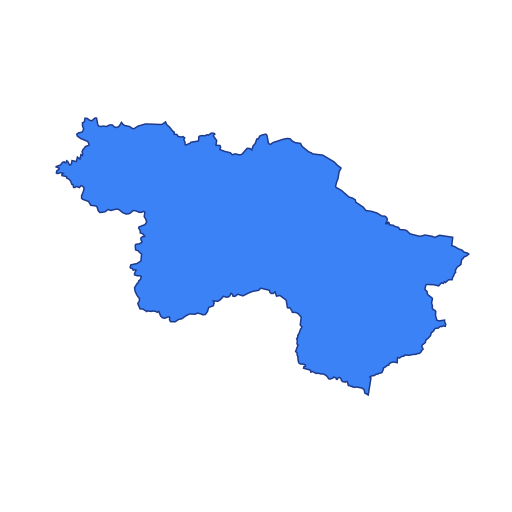 Puriscal, San José, Costa Rica (Natural Earth projection), rotated 98°
{"feature_id": "36466004B36005628367911", "entity_name": "Puriscal", "entity_type": "district", "adm_level": 2, "iso_a3": "CRI", "parent_name": "Costa Rica", "parent_adm1": "San José", "projection": "natural_earth1", "projection_center": [-84.357, 9.734], "detail": "fine", "context": "isolated", "style": "filled", "palette": "blue", "viewbox_px": 512, "rotation_deg": 98, "n_neighbors": 0, "source": "geoboundaries", "source_scale": "gbopen_adm2", "svg_char_len": 6088}
<svg xmlns="http://www.w3.org/2000/svg" viewBox="0 0 512 512"><g transform="rotate(98 256 256)"><path d="M367.6,166.7L367.5,165.3L366.0,162.7L365.0,162.2L365.6,159.9L366.9,159.2L366.9,158.4L365.2,157.8L364.6,156.3L366.0,154.4L367.4,154.1L368.5,152.4L368.1,150.9L368.6,150.1L367.7,149.0L367.8,148.0L371.5,146.5L371.1,145.6L371.9,143.9L371.6,142.8L372.0,142.7L372.3,141.6L372.3,139.9L371.7,138.0L372.1,132.5L373.3,130.4L376.9,128.9L377.0,127.0L377.7,126.7L378.0,125.5L360.7,125.2L360.0,126.4L358.7,125.0L357.9,122.2L356.4,120.6L355.9,118.7L355.1,117.9L354.0,115.1L350.5,114.1L349.1,114.2L347.7,112.2L346.5,111.3L345.5,109.3L344.1,109.1L342.7,107.3L341.8,105.0L342.0,101.3L336.9,101.8L337.1,99.7L335.3,97.9L334.6,95.6L333.4,95.0L332.9,90.2L331.5,86.5L331.2,84.0L330.2,82.7L329.7,80.6L327.7,79.0L326.4,78.8L325.3,77.6L323.9,78.1L322.7,79.3L321.0,79.0L318.2,76.3L315.4,76.0L313.9,74.4L310.6,72.1L307.7,71.7L305.4,69.6L303.5,69.1L302.6,68.0L302.1,65.6L300.2,63.9L300.0,62.0L299.2,61.1L299.3,58.8L297.2,58.6L294.9,60.1L293.2,60.3L294.8,65.7L294.4,68.0L289.8,70.0L285.8,70.3L284.8,71.4L284.4,73.1L283.0,74.2L280.9,74.3L278.1,75.6L273.9,75.3L273.0,75.9L270.6,80.1L269.3,81.2L267.2,81.7L266.0,83.7L265.2,84.1L261.4,83.8L260.4,82.9L259.7,75.9L260.2,71.0L256.7,68.6L257.1,66.7L255.3,65.7L255.9,64.7L252.7,61.9L252.2,58.5L249.8,58.4L248.4,57.6L245.7,57.0L244.4,56.0L242.8,56.6L239.4,55.5L235.8,51.9L230.8,51.9L229.8,50.7L227.8,49.7L226.5,47.4L224.5,45.6L223.6,47.2L223.2,50.6L221.5,52.7L220.7,56.7L219.1,60.4L218.5,63.6L210.1,63.8L209.9,77.1L212.7,81.6L212.0,84.2L211.7,91.5L213.6,96.0L213.6,98.1L212.6,106.5L209.9,110.4L209.5,112.2L209.8,117.2L207.8,118.9L207.5,122.4L206.5,124.3L206.5,128.2L204.5,128.9L204.2,129.5L205.8,130.6L205.9,131.9L205.2,132.1L204.2,131.2L202.2,131.1L200.6,131.4L199.2,132.7L198.6,134.1L198.9,136.8L196.6,142.2L195.7,147.8L195.7,153.5L192.8,156.5L188.8,164.7L186.6,165.5L185.3,168.2L184.6,172.3L179.3,180.3L176.8,186.5L175.7,186.9L171.2,186.4L168.2,185.6L160.7,185.4L157.7,184.1L156.7,184.4L155.2,187.5L151.9,191.8L146.8,204.0L147.0,214.2L146.2,215.4L145.4,218.5L141.0,225.7L138.3,227.6L138.3,233.0L137.0,236.3L135.1,238.7L135.3,241.6L136.6,245.3L141.4,255.1L143.5,257.3L142.9,259.2L135.4,261.8L134.3,262.6L134.0,263.4L135.1,266.4L136.7,269.0L139.6,269.9L140.0,271.5L144.7,272.4L147.4,274.2L151.6,274.9L150.4,277.0L150.6,279.8L157.1,284.0L157.9,285.3L158.1,287.3L157.7,290.8L158.9,293.2L158.9,293.8L157.3,295.8L156.8,301.5L155.6,306.6L154.8,306.7L153.6,306.1L151.6,307.0L151.9,311.1L147.1,311.0L143.1,314.9L142.3,314.9L141.1,313.7L140.5,314.2L140.3,315.1L140.6,317.5L142.8,319.8L142.8,321.6L144.0,323.1L144.4,326.7L145.2,328.7L146.1,329.3L149.0,328.9L150.2,329.2L152.4,336.3L153.5,337.0L155.8,340.8L155.6,341.6L153.1,342.2L150.8,343.7L149.0,343.0L147.9,344.9L148.6,346.6L148.5,349.6L146.7,351.3L146.7,354.1L144.6,354.3L143.9,355.9L140.4,359.5L138.3,362.8L135.8,364.2L138.7,367.3L139.0,368.4L140.6,383.8L143.8,390.9L147.1,394.8L146.8,396.5L145.4,399.1L145.0,404.5L143.8,406.5L142.4,407.8L146.1,409.4L147.2,410.3L148.2,412.3L147.8,414.5L146.3,416.4L146.3,417.5L146.6,419.2L148.6,422.2L148.6,425.5L149.3,427.4L149.3,429.2L149.0,430.2L147.8,431.0L141.6,433.1L141.8,434.7L145.0,437.5L144.6,440.0L143.3,442.1L143.3,444.5L146.9,444.6L148.3,446.4L151.4,445.9L154.0,444.4L156.5,444.9L157.6,445.6L158.6,448.6L160.3,450.5L162.2,449.5L164.1,445.9L166.0,438.6L168.8,436.7L169.9,437.3L171.3,440.2L173.6,441.2L174.3,442.0L177.0,442.8L178.8,441.9L180.6,441.9L180.0,443.5L184.5,443.8L182.9,446.6L187.5,447.1L187.1,451.5L190.4,451.6L191.7,452.6L191.7,453.4L188.6,455.6L188.0,456.7L190.1,457.3L190.1,458.4L189.5,459.1L190.1,460.6L193.1,462.3L195.2,466.3L195.6,466.4L196.4,463.1L197.4,463.1L199.5,465.2L201.7,465.2L202.0,464.2L200.7,461.0L201.0,458.4L202.5,459.6L203.4,459.3L203.7,454.7L205.2,454.3L206.1,451.7L207.6,450.0L210.7,448.3L210.8,447.2L213.5,446.2L213.3,444.8L212.1,443.5L212.8,440.4L210.7,439.1L210.7,438.2L211.5,436.8L212.6,435.7L215.4,435.8L220.7,437.1L223.2,436.7L224.0,435.4L225.3,429.4L228.8,426.7L228.7,421.6L229.7,420.1L233.1,418.6L234.6,416.8L234.3,414.8L233.1,411.4L230.6,409.1L231.1,406.0L229.0,401.0L228.9,398.6L231.8,393.6L232.5,390.2L231.9,388.0L231.0,386.5L228.1,384.0L228.0,381.1L228.9,378.1L228.9,376.6L228.6,375.3L227.5,373.7L227.9,372.2L232.5,372.2L234.9,370.3L237.7,369.0L240.4,370.4L243.5,375.9L244.7,376.1L247.1,374.1L249.2,373.9L250.0,370.7L252.1,369.0L252.6,371.1L254.3,372.5L256.0,372.2L257.4,371.0L258.6,371.2L260.4,373.7L261.0,376.4L261.8,377.0L262.8,377.0L266.7,376.1L267.3,373.2L268.4,372.1L270.0,369.6L277.0,369.3L280.0,372.8L282.2,378.7L284.6,379.1L285.3,378.7L285.7,376.6L287.2,375.6L286.5,374.1L286.6,372.8L290.4,373.9L291.6,373.6L292.1,370.8L291.7,367.7L292.2,366.8L295.4,367.2L296.7,368.6L298.8,368.9L299.6,369.8L304.3,371.9L308.4,370.5L311.9,368.0L314.5,365.4L317.3,365.3L318.4,366.1L319.7,366.4L324.5,363.5L324.3,360.6L326.2,356.5L325.5,356.0L325.5,352.3L324.7,349.7L324.9,347.5L325.5,346.0L324.4,344.6L328.8,342.0L330.2,340.0L330.4,337.8L328.7,334.8L328.4,333.3L329.6,332.8L331.1,332.8L332.9,331.5L332.4,326.9L329.5,323.7L328.5,320.7L324.9,317.0L322.6,313.6L322.1,308.0L320.7,306.3L320.9,303.1L321.6,300.6L321.0,298.0L317.8,296.3L313.5,295.7L311.3,291.4L308.2,290.9L306.4,292.1L306.2,287.6L304.4,285.3L300.4,282.6L300.9,279.9L300.6,278.0L299.4,276.6L296.4,275.4L297.4,273.9L299.0,273.2L298.9,271.2L296.4,268.7L297.3,263.4L293.6,258.1L291.5,254.3L289.6,248.6L287.2,246.8L288.1,237.9L290.1,237.1L291.0,235.7L290.7,233.8L288.9,232.2L292.9,230.1L291.8,226.7L295.5,220.0L302.8,217.7L303.0,216.7L302.5,215.9L302.6,215.2L305.5,212.7L306.7,212.2L306.4,208.3L307.6,205.7L310.3,202.7L318.0,202.6L318.6,202.3L319.4,200.9L320.9,200.8L322.3,201.8L326.7,202.6L328.7,203.6L331.1,203.4L332.1,204.3L334.0,203.3L337.3,203.2L338.2,202.0L345.1,203.5L346.3,201.7L348.2,201.6L349.5,200.7L354.1,199.6L356.2,198.4L356.8,196.6L356.5,195.1L356.8,192.3L357.3,191.8L358.2,191.7L359.0,193.2L360.5,193.3L361.5,186.2L363.4,185.5L362.5,183.7L363.9,180.3L363.4,177.5L363.8,175.4L363.4,172.7L365.0,169.2L367.6,166.7Z" fill="#3b82f6" stroke="#1e3a8a" stroke-width="1.5"/></g></svg>